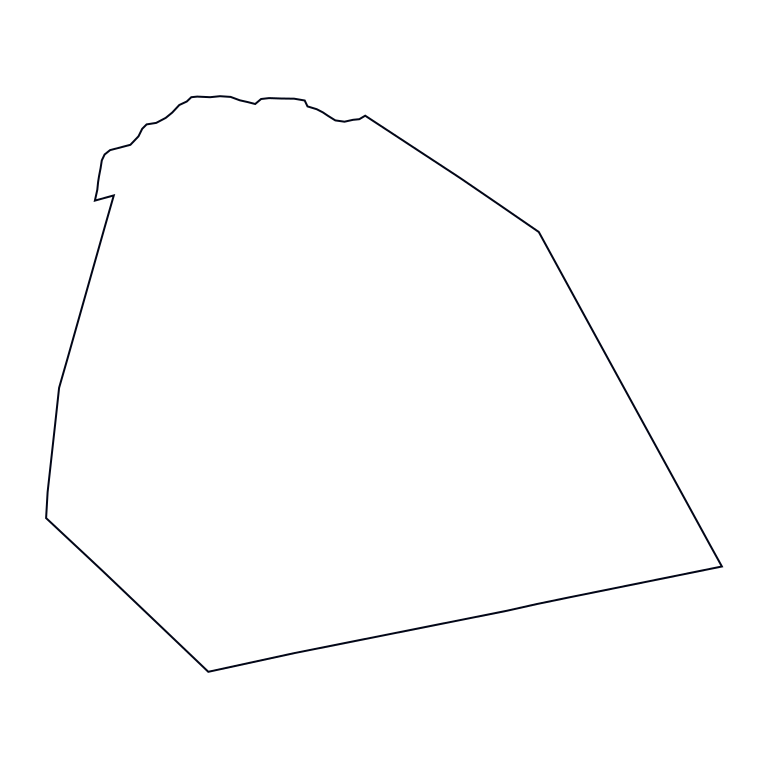 Peritoró, Maranhão, Brazil (Mercator projection)
{"feature_id": "56859067B28886236546513", "entity_name": "Peritoró", "entity_type": "district", "adm_level": 2, "iso_a3": "BRA", "parent_name": "Brazil", "parent_adm1": "Maranhão", "projection": "mercator", "projection_center": [-44.323, -4.413], "detail": "fine", "context": "isolated", "style": "outline", "palette": "ink", "viewbox_px": 768, "rotation_deg": 0, "n_neighbors": 0, "source": "geoboundaries", "source_scale": "gbopen_adm2", "svg_char_len": 874}
<svg xmlns="http://www.w3.org/2000/svg" viewBox="0 0 768 768"><path d="M94.9,200.6L113.8,195.4L105.2,225.4L73.9,336.0L67.5,358.6L59.1,387.8L55.1,424.6L47.6,492.2L46.1,518.1L101.8,570.2L208.3,671.8L294.8,653.0L507.2,610.7L537.0,604.0L570.0,597.2L721.9,566.5L709.9,544.8L664.5,461.8L630.2,399.2L593.2,331.6L538.8,232.0L494.2,201.3L460.1,178.0L365.2,115.7L359.3,119.2L353.1,119.8L344.5,121.7L335.3,120.4L327.8,115.7L322.9,112.4L316.7,109.2L307.5,106.4L304.7,100.5L294.2,98.7L280.6,98.5L269.1,98.1L261.1,99.0L255.2,104.0L247.8,102.1L239.8,100.3L230.6,96.9L220.0,96.2L210.1,97.2L203.7,96.9L197.2,96.6L191.3,97.2L186.8,101.5L179.3,105.0L172.2,112.6L165.7,117.9L156.2,122.9L146.6,124.4L142.2,128.8L138.5,136.3L130.4,144.8L118.2,148.0L110.1,150.1L104.6,154.5L101.8,160.4L100.6,168.1L99.0,176.4L98.1,182.1L97.3,189.8L94.9,200.6Z" fill="none" stroke="#020617" stroke-width="2"/></svg>